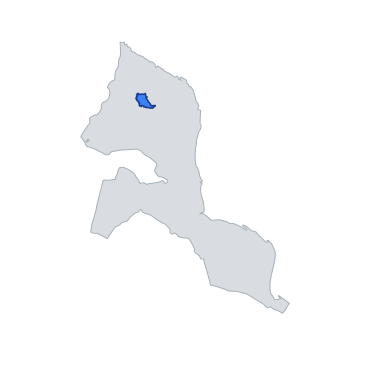 Balama, Cabo Delgado, Mozambique (highlighted), rotated 304°
{"feature_id": "85939544B22682737370097", "entity_name": "Balama", "entity_type": "district", "adm_level": 2, "iso_a3": "MOZ", "parent_name": "Mozambique", "parent_adm1": "Cabo Delgado", "projection": "orthographic", "projection_center": [38.406, -13.54], "detail": "fine", "context": "in_parent", "style": "filled", "palette": "blue", "viewbox_px": 384, "rotation_deg": 304, "n_neighbors": 0, "source": "geoboundaries", "source_scale": "gbopen_adm2", "svg_char_len": 6751}
<svg xmlns="http://www.w3.org/2000/svg" viewBox="0 0 384 384"><g transform="rotate(304 192 192)"><path d="M125.2,259.0L127.4,257.2L141.9,240.0L142.9,239.4L141.5,236.6L143.4,233.3L143.5,228.3L144.1,227.4L146.3,225.7L149.4,220.4L151.3,216.3L151.4,214.4L148.4,208.9L147.4,206.0L148.2,203.4L148.4,201.0L148.0,200.2L146.2,199.3L145.8,198.2L145.8,197.0L146.2,196.2L148.3,195.1L148.8,194.4L150.4,188.0L149.6,183.1L149.4,177.6L149.7,171.8L149.4,168.6L147.9,164.9L147.7,162.2L148.7,160.3L148.8,159.2L145.3,158.6L143.5,157.1L136.9,154.8L131.8,154.6L127.5,151.0L124.1,150.4L119.8,147.8L106.4,147.8L105.9,147.5L105.1,139.2L104.6,136.5L102.8,133.6L102.3,131.6L102.3,130.3L109.6,127.0L124.0,122.3L127.2,120.8L151.9,111.8L152.6,112.3L155.2,116.5L159.5,121.3L160.5,120.6L166.4,119.7L167.3,119.1L169.1,118.6L171.2,118.3L171.9,118.6L174.2,121.6L175.1,127.3L175.2,131.1L175.0,133.8L173.3,137.0L172.1,141.0L170.2,143.3L170.3,144.3L172.5,146.6L173.0,147.6L172.9,149.7L173.2,150.5L175.1,151.8L176.6,153.7L182.1,159.4L183.5,160.4L184.6,160.6L185.1,161.8L184.8,163.1L184.0,163.9L184.4,164.9L185.4,165.8L187.9,165.6L188.2,165.2L187.9,160.1L187.0,157.2L185.9,155.8L187.9,150.3L189.1,148.8L193.1,148.1L194.9,147.6L195.7,146.9L196.3,145.2L196.7,140.3L196.8,135.7L196.4,133.0L196.9,129.0L197.8,126.4L197.3,126.0L197.0,122.6L186.6,109.1L180.7,103.1L179.8,102.5L176.5,102.1L174.8,99.9L173.3,87.7L171.0,79.0L174.3,73.1L175.3,69.3L176.0,68.8L178.9,68.5L189.1,68.5L191.6,68.8L192.7,68.4L195.3,66.1L197.5,66.2L200.4,67.6L202.1,68.8L202.3,69.9L204.3,70.5L208.0,70.6L210.6,70.1L212.3,68.8L214.0,68.1L215.9,68.0L217.2,68.4L218.2,69.4L220.0,70.0L222.6,70.5L225.5,69.8L228.7,68.2L230.5,66.4L231.4,63.5L232.0,63.1L236.4,62.8L238.8,63.4L241.9,65.2L247.1,62.0L250.4,60.9L253.5,60.9L256.1,60.1L258.2,58.6L260.3,57.6L264.7,56.5L267.6,54.9L275.9,48.7L276.8,50.5L278.4,52.2L276.2,54.0L278.1,55.2L276.7,56.9L276.5,58.1L277.2,59.3L276.3,61.3L275.0,62.8L274.7,63.9L275.8,66.0L275.2,69.6L276.8,75.7L276.3,77.7L276.6,82.5L276.0,84.3L277.1,84.9L277.6,86.8L277.1,90.1L275.3,91.5L275.1,92.9L277.3,92.9L277.3,97.1L277.0,98.3L277.5,99.8L276.9,101.3L277.6,108.0L277.6,112.9L277.7,113.7L279.6,114.5L279.6,115.9L278.3,117.6L278.4,120.2L279.8,118.1L280.6,118.2L281.3,119.0L281.3,121.9L281.7,123.4L281.6,124.7L279.3,127.1L279.1,129.4L278.2,129.7L277.8,130.3L278.4,131.7L278.4,132.9L276.8,136.6L269.1,145.4L268.9,146.9L266.9,149.7L264.9,150.1L263.7,150.9L264.6,153.4L254.4,159.6L253.4,160.4L251.8,162.7L248.4,163.9L244.8,164.1L244.2,164.5L236.0,167.4L234.4,168.8L230.9,170.1L225.4,173.2L221.0,176.2L215.9,180.6L215.3,183.0L212.9,186.1L209.3,189.8L207.3,192.9L207.1,194.3L205.9,194.7L204.8,193.4L204.4,195.9L203.5,196.1L202.5,195.6L198.1,198.2L194.7,201.3L190.1,207.1L183.3,212.7L181.8,212.9L179.6,211.0L178.4,210.9L180.2,212.9L180.2,217.6L179.5,223.1L179.6,224.3L184.3,230.0L186.6,236.8L186.9,240.2L189.2,244.6L190.4,251.3L190.3,257.6L191.4,258.6L191.8,257.7L191.9,253.8L192.5,252.7L193.1,252.8L193.7,255.0L193.9,257.2L193.2,262.1L193.5,264.0L194.7,267.3L193.4,271.2L191.7,281.8L192.1,282.5L193.2,282.7L193.5,281.5L194.1,281.5L194.4,282.2L193.7,286.4L192.9,288.2L190.1,292.7L188.5,294.7L186.0,296.6L179.9,299.6L167.8,304.1L160.2,307.5L154.3,311.6L151.7,314.3L150.8,317.3L148.8,320.5L150.7,323.1L153.1,325.0L154.0,321.8L154.6,321.8L154.1,334.9L145.8,335.3L143.4,334.9L142.1,335.0L141.7,329.5L140.5,325.5L140.8,322.5L140.5,321.0L138.7,320.0L138.1,316.9L139.0,314.4L138.1,294.3L134.6,284.6L130.3,277.6L129.9,274.1L127.7,266.3L125.2,259.0ZM176.6,78.1L177.6,77.5L177.8,76.5L177.1,76.0L176.5,76.1L176.2,77.8L176.6,78.1ZM175.8,76.2L175.0,75.5L174.3,75.7L174.1,76.3L174.8,77.2L175.5,77.2L175.8,76.2Z" fill="#d9dde1" stroke="#a8b0b8" stroke-width="1"/><path d="M245.5,101.5L244.9,101.1L245.0,100.9L245.0,100.6L245.3,100.5L245.4,100.4L245.5,100.2L245.8,100.0L245.9,99.9L246.1,99.8L246.2,99.7L246.3,99.6L246.4,99.4L246.5,99.4L246.6,99.2L246.8,99.0L246.9,98.9L247.0,98.7L247.3,98.3L247.4,98.1L247.5,98.1L247.5,97.9L247.4,97.8L247.4,97.5L247.4,97.4L247.4,97.5L247.2,97.7L246.9,97.8L246.0,97.3L245.9,97.1L245.7,97.0L245.7,96.7L245.5,96.4L245.1,95.6L244.9,95.5L244.8,95.3L244.6,95.2L243.3,93.6L243.2,93.5L243.4,93.3L243.5,93.2L243.4,93.0L243.5,92.9L243.5,92.7L243.7,92.4L243.7,92.2L243.2,91.9L243.1,91.7L242.9,91.7L242.7,91.7L242.5,91.8L242.5,92.0L242.4,92.1L242.1,92.1L241.9,92.0L241.9,92.4L241.7,92.5L241.4,92.6L241.2,92.6L240.9,92.4L240.6,92.4L240.6,92.5L240.4,92.7L240.3,92.8L240.1,92.9L239.9,92.9L239.6,93.0L239.4,93.0L239.5,93.1L239.4,93.1L239.2,93.1L238.9,93.2L238.8,93.4L238.8,93.5L238.7,93.6L238.4,93.9L238.3,94.0L238.3,94.3L238.1,94.4L237.9,94.2L237.9,94.3L237.8,94.5L237.8,94.8L237.6,94.8L237.4,94.7L237.1,95.0L237.1,95.3L237.1,95.5L237.1,95.8L237.1,96.0L237.0,96.3L236.9,96.5L236.8,96.9L236.9,97.0L236.7,97.1L236.7,97.3L236.6,97.5L236.5,97.4L236.6,97.5L236.4,97.8L236.5,97.8L236.4,97.9L236.5,97.9L236.5,98.0L236.4,98.2L236.5,98.2L236.5,98.3L236.4,98.5L236.2,98.7L236.2,98.8L236.0,99.0L235.9,99.2L235.8,99.3L235.5,99.3L235.3,99.3L235.1,99.3L235.0,99.5L234.9,99.5L234.5,99.9L234.3,100.0L234.2,100.1L234.1,100.3L234.5,102.0L234.8,101.8L235.2,101.7L235.3,101.8L235.3,102.1L235.6,102.2L235.7,102.3L235.8,102.4L235.8,102.5L235.9,103.0L235.9,103.4L236.0,103.4L236.0,103.5L236.0,103.8L236.0,104.0L235.9,104.1L236.0,104.2L235.9,104.4L236.0,104.4L236.1,104.5L236.1,104.8L236.4,104.9L236.4,105.0L236.3,105.3L236.3,105.5L236.2,105.8L236.2,106.0L236.3,106.3L236.3,106.6L236.5,106.6L236.5,106.8L236.7,107.0L236.8,107.0L236.9,107.4L236.9,107.5L237.0,107.6L237.0,107.8L237.1,108.0L237.3,108.2L237.4,108.3L237.5,108.4L237.6,108.5L237.7,108.8L237.8,108.9L237.8,109.0L237.8,109.3L237.9,109.5L238.0,109.6L238.2,109.8L238.3,109.9L238.3,110.1L238.2,110.5L238.3,110.7L238.5,110.8L238.6,111.0L238.8,111.3L239.0,111.4L239.0,111.5L239.4,111.6L239.3,111.8L239.6,112.2L239.6,112.4L239.6,112.5L239.8,112.5L240.0,112.5L240.2,112.8L240.4,112.8L240.5,112.8L240.9,112.7L241.0,112.7L241.2,112.8L241.6,112.9L241.7,113.0L241.8,113.0L242.0,113.2L242.2,113.3L242.4,113.4L242.5,113.4L243.0,113.2L242.9,113.1L242.7,113.1L242.5,112.8L242.4,112.8L242.4,112.7L242.2,112.6L242.2,112.4L242.3,112.3L242.5,112.2L242.4,112.0L242.2,111.8L242.1,111.7L241.9,111.6L241.7,111.6L241.6,111.4L241.6,111.2L241.4,110.9L241.4,110.7L241.1,110.5L241.0,110.4L241.0,110.2L240.9,110.2L240.9,109.9L240.9,109.7L241.0,109.7L241.0,109.4L241.1,109.2L241.2,108.9L241.3,108.8L241.3,108.7L241.5,108.6L241.5,108.4L241.5,108.2L241.7,107.9L241.8,107.8L241.8,107.7L242.0,107.2L242.1,106.7L242.3,106.4L242.4,106.2L242.4,105.9L242.3,105.6L242.2,105.5L242.2,105.4L242.3,105.4L242.3,105.1L242.5,104.8L242.7,104.7L242.8,104.5L243.2,104.3L243.2,104.2L243.3,104.0L243.5,103.2L243.6,102.1L244.4,101.9L244.8,101.9L245.0,101.9L245.5,101.5Z" fill="#3b82f6" stroke="#1e3a8a" stroke-width="1.5"/></g></svg>